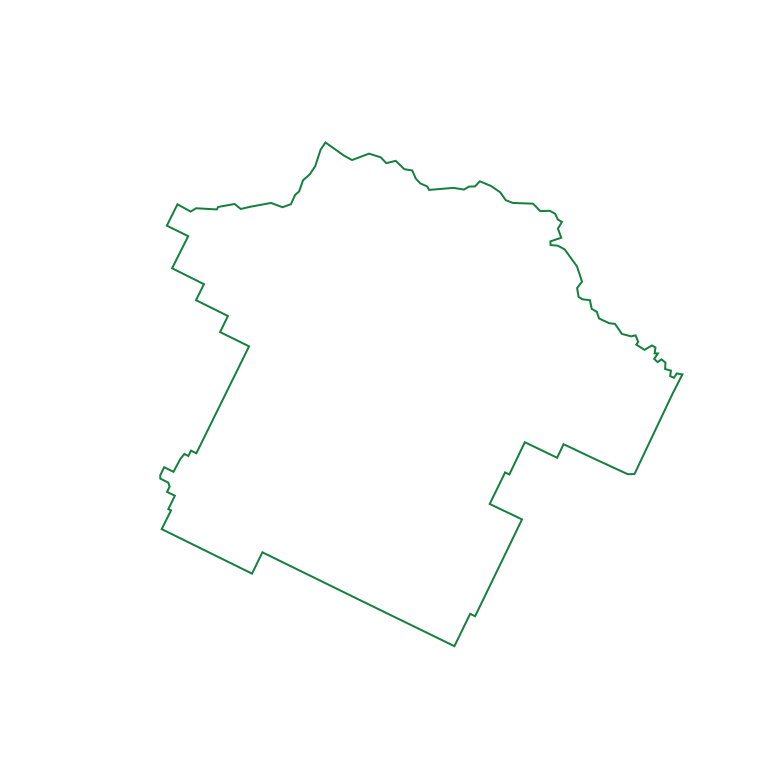 Fergus, Montana, United States of America (Albers equal-area conic projection), rotated 26°
{"feature_id": "52423323B78350254169846", "entity_name": "Fergus", "entity_type": "district", "adm_level": 2, "iso_a3": "USA", "parent_name": "United States of America", "parent_adm1": "Montana", "projection": "albers", "projection_center": [-109.214, 47.248], "detail": "fine", "context": "isolated", "style": "outline", "palette": "green", "viewbox_px": 768, "rotation_deg": 26, "n_neighbors": 0, "source": "geoboundaries", "source_scale": "gbopen_adm2", "svg_char_len": 1665}
<svg xmlns="http://www.w3.org/2000/svg" viewBox="0 0 768 768"><g transform="rotate(26 384 384)"><path d="M648.0,244.6L642.6,246.1L641.8,251.4L637.7,251.4L636.0,246.2L630.1,247.3L627.6,241.4L622.6,240.2L620.4,244.4L615.8,243.0L616.8,236.5L613.8,237.8L612.0,232.2L608.0,231.9L603.1,239.1L593.5,238.0L594.0,234.7L588.8,230.0L585.3,232.8L575.9,234.7L565.2,228.7L559.6,230.7L548.5,230.8L543.7,225.9L537.7,225.4L532.4,218.4L525.1,220.9L520.6,220.3L515.5,213.1L517.1,205.2L505.9,193.7L487.3,183.8L479.5,183.5L472.8,186.1L471.0,182.9L479.2,174.8L472.2,168.1L472.9,160.3L468.2,160.0L463.1,155.9L456.9,155.7L448.7,160.1L438.9,156.6L420.4,164.8L412.8,165.4L404.5,160.8L393.5,159.1L381.3,159.8L379.2,166.5L373.9,169.3L370.6,174.2L360.4,177.3L339.4,189.8L336.3,187.5L328.7,187.8L322.3,185.3L315.8,179.7L308.1,182.0L296.7,178.3L289.2,184.5L281.8,181.7L269.6,183.5L257.1,196.7L248.1,196.3L225.5,192.6L224.3,201.1L226.7,218.6L225.3,228.3L221.9,236.4L223.3,248.1L221.2,253.1L221.5,263.2L215.3,269.6L203.1,270.8L186.4,283.1L178.5,289.5L170.8,287.7L157.3,297.6L157.2,300.4L138.1,308.4L134.6,313.8L119.6,313.0L119.4,336.9L143.2,337.0L142.8,372.9L178.4,373.2L178.3,391.1L213.9,391.3L213.9,409.2L246.2,409.3L245.7,528.5L239.8,528.5L239.7,534.5L235.3,534.4L233.8,540.4L233.3,555.2L222.9,555.2L222.9,564.1L224.4,567.1L233.3,567.2L236.3,570.2L236.3,576.1L245.0,576.1L245.0,591.0L248.0,591.0L247.8,611.7L247.8,611.9L348.5,612.3L348.5,588.6L455.6,588.8L562.2,588.8L562.2,552.8L567.7,552.8L567.4,445.2L531.6,445.5L531.6,410.4L536.3,410.4L536.1,374.6L571.9,374.4L571.8,359.4L607.1,359.0L642.7,358.2L648.6,355.1L647.6,266.3L648.0,244.6Z" fill="none" stroke="#15803d" stroke-width="2"/></g></svg>